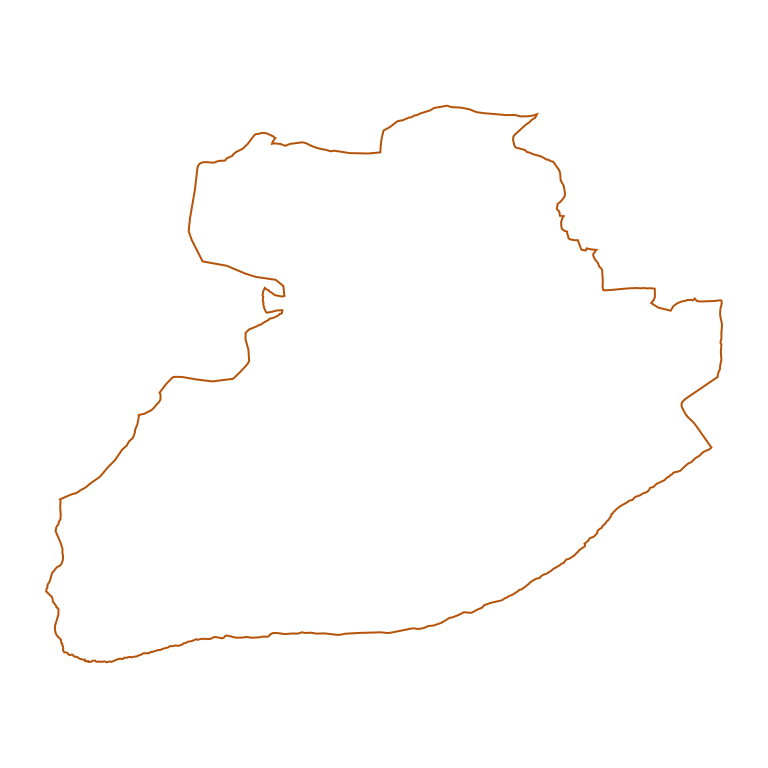 Tsihombe, Androy, Madagascar (Mercator projection)
{"feature_id": "10022922B95964642483948", "entity_name": "Tsihombe", "entity_type": "district", "adm_level": 2, "iso_a3": "MDG", "parent_name": "Madagascar", "parent_adm1": "Androy", "projection": "mercator", "projection_center": [45.465, -25.344], "detail": "fine", "context": "isolated", "style": "outline", "palette": "amber", "viewbox_px": 768, "rotation_deg": 0, "n_neighbors": 0, "source": "geoboundaries", "source_scale": "gbopen_adm2", "svg_char_len": 6053}
<svg xmlns="http://www.w3.org/2000/svg" viewBox="0 0 768 768"><path d="M46.1,591.3L51.6,596.7L52.2,597.5L53.0,601.7L56.1,605.9L56.5,607.4L58.2,608.5L58.4,609.0L58.4,614.7L55.1,625.5L54.9,629.7L55.7,633.2L56.8,635.4L58.7,637.6L60.8,639.4L61.4,643.1L62.2,643.7L62.0,644.2L63.0,646.7L63.3,648.5L63.0,649.2L63.1,650.3L64.2,652.3L67.2,652.7L67.8,653.1L68.1,654.2L69.9,655.2L71.8,654.5L72.9,655.0L74.2,656.6L76.9,656.9L79.8,658.8L83.3,659.7L84.8,659.6L85.1,661.1L88.3,661.2L88.2,661.9L88.6,662.0L91.2,661.7L92.6,660.7L95.0,660.6L95.8,661.4L97.5,661.9L98.7,661.5L100.9,661.9L104.5,661.4L106.7,662.3L109.3,661.5L111.7,661.8L117.2,659.4L119.7,658.8L123.0,658.9L124.2,657.8L127.4,657.6L129.4,656.9L132.4,657.3L133.0,656.9L137.4,656.3L138.0,655.6L140.9,654.8L143.5,653.2L148.8,653.3L150.8,651.9L152.5,651.9L158.2,650.0L159.8,650.1L163.5,648.6L168.0,647.5L170.0,646.1L173.3,646.1L175.6,645.4L178.1,645.9L181.9,644.7L183.8,643.2L185.1,643.2L187.9,641.7L191.4,641.2L196.3,639.2L197.6,639.8L201.8,638.8L209.4,639.0L211.2,638.6L213.9,637.2L215.4,637.0L222.3,638.3L223.7,637.7L225.6,635.8L226.9,635.5L236.1,637.7L243.6,637.5L246.3,636.9L251.4,637.7L253.5,637.7L259.5,637.3L262.9,636.6L267.7,636.7L269.0,636.0L270.1,634.5L272.6,633.1L277.1,633.0L285.1,634.1L291.5,633.5L298.0,633.6L301.8,632.3L305.4,633.0L311.1,632.7L316.4,633.6L324.6,633.4L338.7,635.0L345.5,633.7L360.0,632.9L380.8,632.3L387.2,633.0L390.3,632.8L411.6,628.5L413.7,628.3L418.0,629.0L423.2,628.2L428.5,626.0L433.8,625.5L441.7,622.7L449.3,618.0L453.2,617.1L459.2,614.7L464.0,612.2L470.1,612.8L471.8,612.6L478.4,609.1L481.8,607.9L484.2,605.2L490.6,602.9L501.9,600.3L505.2,598.0L506.9,597.6L507.9,596.6L512.5,594.7L517.5,591.5L519.4,589.8L521.7,589.4L529.0,583.7L529.5,582.9L533.0,580.5L536.5,578.6L539.8,577.9L540.5,576.7L543.2,574.8L546.7,573.6L551.3,570.7L553.3,568.9L559.2,565.6L561.7,563.6L563.4,563.2L566.2,559.6L569.7,558.5L574.4,555.4L576.9,552.6L578.4,551.6L578.8,550.4L584.7,546.4L585.1,545.7L585.0,544.7L584.5,543.8L588.2,540.7L589.4,538.7L590.4,537.9L593.8,536.7L595.7,534.8L597.2,533.1L597.5,530.9L599.9,528.7L601.5,528.1L602.8,525.8L605.1,523.7L606.9,521.2L608.3,520.1L611.2,515.8L611.4,514.2L612.8,513.2L613.3,512.3L616.8,508.8L620.6,506.0L627.5,502.1L629.1,500.7L632.3,500.0L635.2,496.9L640.1,495.3L643.1,493.3L645.1,492.8L647.8,491.3L649.1,490.0L649.9,488.0L653.5,486.9L656.5,483.9L664.3,480.3L666.9,477.7L669.1,476.6L670.0,475.4L672.1,474.3L673.3,472.7L679.9,471.0L686.4,465.0L688.4,463.4L691.4,462.1L695.3,458.2L699.4,455.8L703.3,452.0L709.4,449.3L711.4,447.5L696.4,426.2L693.6,422.5L687.5,416.7L685.4,413.9L682.0,407.4L681.5,405.2L681.8,402.7L683.6,400.5L686.3,398.3L717.7,376.9L717.8,374.8L718.3,373.5L718.4,372.3L720.0,369.0L720.2,365.4L721.4,359.6L720.8,352.0L721.4,344.6L720.5,342.9L720.9,340.0L721.4,339.1L721.4,332.1L721.9,327.6L721.9,323.8L720.3,316.3L720.1,312.9L720.4,309.0L721.7,303.6L721.6,301.2L721.3,300.5L719.8,300.3L714.6,301.0L700.1,301.5L697.0,301.1L694.7,298.5L693.6,299.9L692.6,300.4L691.4,299.9L687.3,300.0L685.5,300.8L682.2,301.3L677.6,303.1L673.4,306.1L670.7,310.7L658.3,307.6L651.2,303.1L653.9,299.6L654.9,296.9L654.8,288.7L650.5,288.2L647.4,288.4L643.3,288.0L640.2,288.4L636.8,288.0L627.9,288.4L610.6,290.0L603.7,290.3L603.3,290.0L602.6,287.4L602.8,280.6L602.1,270.3L601.5,268.6L599.3,266.7L597.8,262.8L595.0,259.4L593.2,255.7L593.3,253.9L596.4,249.9L590.7,249.3L586.6,248.4L585.8,250.5L582.1,250.0L580.9,248.7L577.9,240.2L574.4,240.2L569.7,239.2L568.4,238.2L568.1,235.4L567.3,234.3L567.2,231.6L564.4,230.8L562.0,229.0L561.4,226.9L561.1,222.2L562.4,218.0L563.7,216.2L559.8,215.7L559.5,212.6L558.9,211.0L557.4,210.0L556.9,208.5L557.6,204.1L561.0,201.2L564.1,197.3L564.9,195.2L564.9,193.0L563.8,186.0L560.7,180.5L560.1,172.8L559.0,169.9L553.2,161.7L550.6,161.1L548.7,159.9L545.8,159.3L544.6,158.3L540.7,156.3L533.3,154.3L529.3,152.5L527.0,152.0L525.0,150.1L524.1,149.7L517.0,147.9L515.3,147.2L514.5,145.7L513.0,139.8L513.4,136.6L514.8,134.7L526.1,124.4L529.1,122.5L531.9,119.7L535.1,117.8L537.0,114.2L533.0,115.6L527.7,116.3L520.1,116.4L518.2,115.7L514.5,115.0L506.6,115.1L483.1,113.1L476.5,112.1L469.1,109.2L460.7,107.6L451.3,107.1L447.3,105.7L433.9,108.0L430.4,110.3L420.2,113.5L416.6,115.2L414.2,115.5L411.3,117.4L409.4,117.4L402.5,120.3L397.7,121.1L389.7,127.2L383.6,130.5L381.7,138.0L380.7,145.8L380.3,152.4L368.4,153.5L349.7,153.1L334.3,150.7L331.0,151.3L329.6,151.0L325.8,149.8L321.1,149.0L316.0,147.6L312.1,146.2L306.3,143.3L302.5,142.3L290.0,143.9L285.2,145.8L280.6,144.0L273.9,143.3L272.1,143.8L272.6,141.9L275.3,138.0L274.3,137.6L273.3,136.4L266.6,133.3L262.0,132.8L259.0,133.8L255.5,134.2L253.4,136.3L247.9,143.7L242.6,148.8L236.1,152.0L233.2,154.3L232.4,155.8L226.6,158.4L225.0,160.6L218.6,160.9L213.9,162.7L206.2,162.1L202.8,162.3L200.0,163.4L198.0,165.8L197.3,169.0L195.0,189.2L190.0,218.3L188.7,231.1L191.6,239.7L202.6,261.4L226.9,265.8L245.5,273.7L255.8,276.9L275.7,279.8L283.4,286.1L284.4,296.0L281.7,296.5L274.8,295.1L271.4,292.5L269.8,291.7L268.3,290.0L266.6,289.4L264.8,287.9L263.1,291.5L262.6,295.4L263.3,297.1L262.7,300.6L263.5,302.7L263.4,304.7L264.0,307.6L265.8,311.7L266.9,312.7L272.0,311.8L276.6,310.5L282.3,310.2L281.9,313.2L280.6,313.9L279.7,313.9L278.2,315.5L273.5,317.8L269.4,318.8L268.4,320.0L263.8,322.5L260.9,324.6L258.5,325.2L257.1,326.2L249.2,329.4L245.6,332.8L245.5,339.4L248.4,349.6L249.2,361.2L247.1,364.5L240.3,371.9L233.1,378.8L212.4,381.4L197.4,379.6L182.2,377.0L175.4,376.8L172.7,377.3L166.3,383.8L159.5,392.8L160.5,394.2L160.5,399.5L159.1,402.0L156.2,404.9L154.3,407.5L151.3,410.2L144.2,413.8L138.7,415.0L138.7,417.6L137.3,424.6L135.0,430.0L134.8,432.9L132.9,437.9L128.9,441.5L126.6,445.8L122.3,449.4L115.0,460.1L107.9,467.3L100.1,476.6L90.6,483.3L85.7,487.4L80.4,490.3L76.7,492.9L70.9,494.6L60.4,499.2L60.6,499.3L60.2,507.2L60.7,515.3L60.5,519.0L58.9,521.7L58.4,524.5L57.1,525.7L56.1,527.8L56.1,529.5L55.4,530.7L60.5,542.5L62.5,548.8L62.4,552.7L63.0,555.6L62.9,560.0L61.5,563.8L60.1,565.6L56.9,567.2L52.0,573.2L49.7,581.4L47.5,584.9L47.3,588.0L46.6,588.9L46.1,591.3Z" fill="none" stroke="#b45309" stroke-width="2"/></svg>